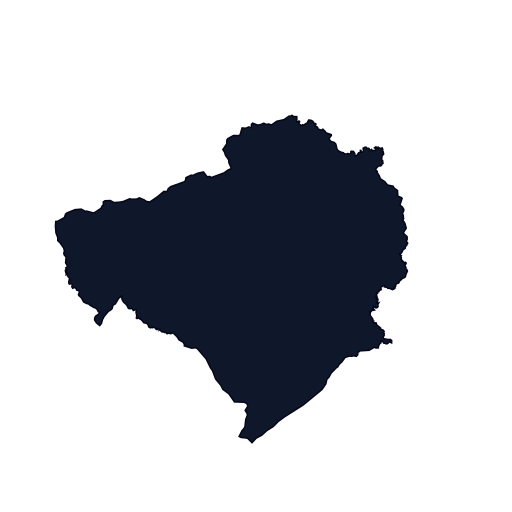 outline of Phan, Chiang Rai, Thailand, rotated 51°
{"feature_id": "78962969B39225899035049", "entity_name": "Phan", "entity_type": "district", "adm_level": 2, "iso_a3": "THA", "parent_name": "Thailand", "parent_adm1": "Chiang Rai", "projection": "mercator", "projection_center": [99.78, 19.567], "detail": "fine", "context": "isolated", "style": "filled", "palette": "ink", "viewbox_px": 512, "rotation_deg": 51, "n_neighbors": 0, "source": "geoboundaries", "source_scale": "gbopen_adm2", "svg_char_len": 6146}
<svg xmlns="http://www.w3.org/2000/svg" viewBox="0 0 512 512"><g transform="rotate(51 256 256)"><path d="M398.6,376.6L397.7,370.6L398.9,364.3L398.5,357.3L399.4,349.9L398.6,342.9L399.0,334.6L401.5,313.1L401.3,288.8L399.4,282.3L396.4,278.5L396.1,275.6L394.3,271.3L393.4,263.6L393.6,262.1L392.6,259.7L392.3,255.8L390.9,250.5L392.7,246.2L394.2,244.7L395.0,242.9L397.1,241.2L396.9,239.3L394.8,237.1L395.3,236.1L395.1,235.0L400.5,227.4L401.4,221.5L403.0,220.7L404.4,218.7L403.2,217.7L401.8,214.5L402.2,213.7L400.5,212.5L402.4,211.4L404.3,211.5L404.8,210.7L405.9,210.4L406.9,209.0L406.7,206.3L408.9,205.3L407.2,203.8L405.4,204.0L404.7,205.2L401.4,208.2L399.4,208.9L398.2,206.1L397.3,205.9L397.1,205.2L395.8,205.0L395.2,203.8L393.4,203.9L391.1,205.3L390.4,204.5L385.9,205.4L384.7,205.4L383.7,204.7L381.4,206.8L380.8,206.5L380.6,205.5L379.4,206.2L378.7,204.9L373.9,204.6L372.1,203.0L371.1,202.8L371.7,201.9L371.2,200.5L372.6,197.9L371.9,197.9L371.7,198.8L371.0,198.6L369.4,196.0L371.6,195.7L372.3,194.8L372.2,193.0L370.4,191.9L369.8,190.4L369.6,191.5L368.9,191.7L369.3,191.1L368.4,190.6L367.9,191.3L367.7,189.8L366.5,188.6L365.6,189.4L365.4,188.6L364.9,189.1L364.5,188.6L364.9,188.2L363.6,187.5L363.2,188.5L362.6,188.5L362.5,187.0L361.0,186.0L361.5,185.1L360.4,184.7L361.1,183.1L360.4,181.6L361.0,179.8L358.8,178.9L359.5,175.0L360.4,174.9L360.9,175.6L362.7,174.0L364.0,173.9L365.5,172.4L368.1,171.1L368.6,168.6L368.0,168.5L367.5,169.2L367.3,168.7L367.8,167.3L367.2,166.2L366.3,166.0L366.1,163.9L366.8,162.1L365.7,159.7L365.8,158.7L365.2,158.5L365.8,157.7L365.4,155.9L366.0,155.3L366.2,153.0L364.9,151.4L363.0,147.8L361.4,147.3L360.3,147.7L359.2,146.6L357.0,146.4L356.4,144.1L355.6,143.7L354.9,143.8L354.5,145.1L352.8,145.0L352.0,145.9L351.3,145.1L349.7,145.3L349.0,144.2L347.3,143.6L347.2,142.9L345.4,143.5L345.4,142.7L344.7,142.6L345.2,141.9L345.1,140.7L343.8,138.1L343.9,135.2L342.8,134.0L342.4,131.8L342.0,131.6L341.5,130.0L339.1,129.9L338.3,128.1L336.1,126.4L332.0,127.0L330.6,126.7L328.9,121.7L324.5,119.8L321.6,119.3L321.0,119.8L320.4,119.5L319.9,117.7L319.2,117.7L317.8,116.3L315.0,115.3L313.9,112.8L312.8,111.8L310.1,111.4L307.0,112.1L303.2,106.2L302.3,106.1L298.7,108.1L294.1,104.8L290.0,105.9L288.0,105.5L283.6,109.1L279.3,109.1L274.3,110.7L271.1,109.7L267.4,109.3L266.6,108.5L264.5,108.9L263.6,107.6L263.1,104.1L264.4,102.6L264.5,101.3L263.8,100.3L264.0,99.1L261.7,97.6L260.4,97.7L259.0,97.0L259.0,96.4L257.6,95.3L257.1,92.6L254.9,91.5L254.3,92.1L253.2,90.5L251.5,89.9L250.5,91.8L249.5,92.2L249.7,93.4L249.0,93.5L248.2,92.7L247.6,94.2L246.6,94.1L246.5,95.9L248.3,95.5L248.9,95.8L248.9,96.8L247.4,99.2L245.9,99.1L245.7,101.3L243.8,100.5L242.6,101.1L242.3,102.2L240.6,102.0L239.9,103.2L239.6,104.9L241.9,106.3L242.4,108.0L241.7,108.9L240.0,108.0L239.6,108.4L241.0,109.5L240.4,111.3L241.2,114.0L241.0,115.7L240.2,115.9L238.5,114.7L236.1,114.4L234.5,116.0L234.7,116.8L235.9,117.8L235.9,118.8L234.1,120.1L233.7,121.6L232.2,122.9L230.7,123.1L228.8,124.6L225.7,125.9L223.7,125.7L219.2,123.5L217.0,123.7L214.4,125.5L212.4,125.8L210.7,125.2L209.8,121.6L209.0,121.1L204.1,124.2L203.1,123.8L199.5,124.2L199.5,125.9L196.4,127.8L194.5,127.1L192.3,128.3L191.6,126.8L190.7,126.3L189.2,127.4L187.3,127.0L185.5,127.6L183.5,129.3L184.1,131.1L185.1,132.0L184.5,133.2L184.3,136.6L183.3,137.1L182.9,139.3L182.0,139.0L180.4,139.6L178.8,137.4L178.1,137.7L177.8,139.6L177.0,140.0L175.3,138.0L173.3,136.6L171.3,139.0L169.3,139.5L169.2,140.8L168.1,142.2L167.6,148.5L164.3,155.1L163.9,161.5L161.3,163.1L160.4,165.1L157.7,166.4L156.6,170.2L155.3,172.3L150.6,175.0L150.8,176.7L152.8,178.4L153.0,179.4L151.2,180.3L150.3,183.5L147.7,186.2L151.9,192.3L151.3,194.0L148.2,197.6L147.0,204.0L147.6,205.8L150.4,208.2L152.4,214.8L155.4,215.1L158.7,216.4L164.0,216.7L166.5,218.4L172.1,219.9L172.4,220.6L171.5,223.8L171.3,228.4L167.0,241.1L165.0,242.0L163.7,244.1L157.6,243.9L154.9,249.3L153.6,254.4L152.3,255.6L151.0,261.1L152.9,263.3L153.2,264.9L148.4,278.6L148.4,281.7L149.9,284.6L147.8,286.9L147.9,295.5L147.2,304.5L144.5,306.9L142.2,307.5L137.4,310.0L136.6,313.0L133.7,316.8L132.0,318.2L130.2,324.6L128.4,328.0L125.1,332.7L121.2,334.3L118.0,338.6L117.8,340.6L120.1,342.4L120.3,344.2L121.4,346.5L120.6,354.5L119.9,355.5L114.6,359.3L113.7,360.6L109.6,362.3L106.1,367.4L103.5,375.9L103.6,377.7L105.4,380.4L105.4,381.5L104.1,388.5L103.1,389.9L106.7,393.2L112.1,396.9L116.8,398.4L119.3,400.4L122.5,400.0L128.7,400.4L131.5,401.7L133.0,403.8L134.7,404.4L137.3,404.2L141.5,408.3L144.2,408.6L145.7,409.5L145.5,411.3L147.5,412.1L147.0,412.8L147.4,413.4L148.2,413.8L148.9,413.3L149.1,414.2L149.8,414.5L150.3,414.1L149.9,413.5L150.3,413.4L151.1,415.3L151.8,413.9L153.0,415.0L156.2,415.0L157.2,415.8L157.1,416.3L157.9,416.1L157.9,417.5L159.8,418.8L160.7,418.6L160.9,417.0L161.8,416.7L163.1,417.2L163.9,418.5L165.7,418.8L166.4,416.7L168.0,416.3L169.7,416.8L171.5,415.5L172.9,416.0L174.2,418.2L175.1,418.6L178.6,418.0L183.3,418.9L186.6,417.4L187.7,416.3L189.4,416.1L194.0,414.4L195.7,413.3L197.8,413.1L199.8,413.6L201.4,413.3L202.1,414.6L201.8,418.6L202.6,420.3L204.1,421.7L207.4,422.1L211.7,421.3L211.2,418.7L208.7,415.1L207.4,412.0L206.1,405.4L206.5,403.7L206.4,401.0L204.3,398.2L204.7,395.3L202.4,389.3L202.7,385.7L205.2,387.3L206.8,387.8L208.9,387.9L212.4,387.3L216.5,388.1L217.7,387.1L218.5,385.5L221.2,385.6L221.7,383.8L222.6,383.0L224.4,384.8L227.3,386.2L229.0,388.1L229.8,387.8L230.2,386.6L231.4,385.6L232.0,385.9L233.4,385.2L237.2,385.2L239.9,383.2L241.5,383.2L243.7,384.0L245.4,383.3L245.8,382.0L246.4,381.8L246.2,381.3L247.8,379.9L249.9,379.4L250.2,379.7L251.0,379.2L251.0,377.7L252.5,377.2L252.8,377.8L253.0,377.1L255.5,377.0L256.8,375.9L256.9,375.3L257.9,375.2L258.9,374.1L260.5,374.0L260.4,373.1L262.7,371.2L262.2,370.9L263.9,368.8L269.0,368.2L272.8,368.6L277.1,366.9L279.7,367.3L280.7,368.3L287.2,364.0L289.1,361.0L290.6,359.9L304.7,359.5L313.9,361.7L317.9,362.0L326.2,364.8L334.5,364.7L338.8,365.7L346.2,363.8L355.8,364.6L361.9,357.6L363.5,356.5L365.2,356.1L366.9,356.5L367.7,357.3L369.2,361.6L373.1,362.1L374.5,363.1L376.5,366.8L381.7,372.0L382.5,374.0L382.9,376.6L385.6,382.7L387.6,381.8L392.2,377.3L398.6,376.6Z" fill="#0f172a" stroke="#020617" stroke-width="1.5"/></g></svg>